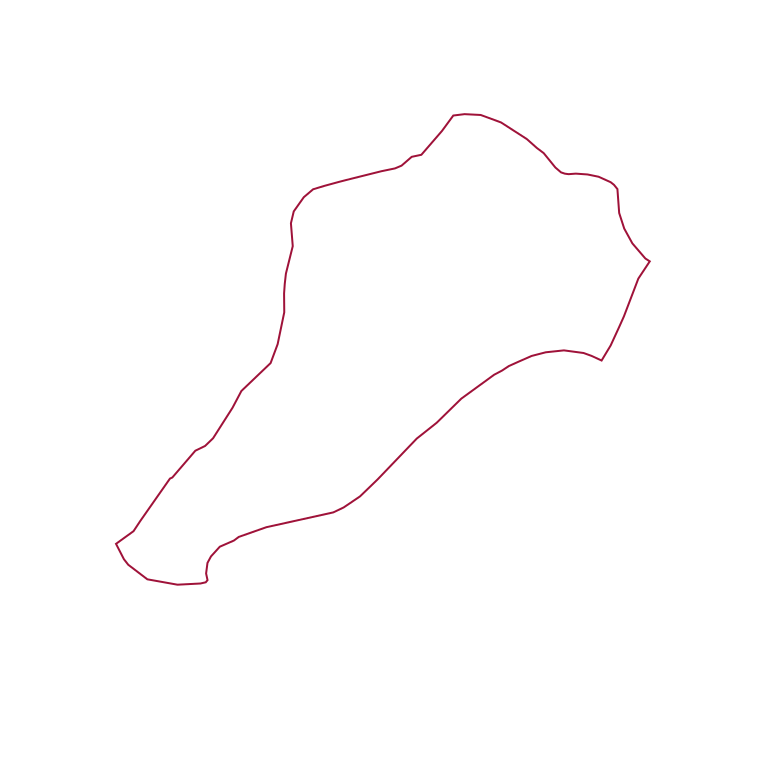 Santa Cruz del Quiché, Quiché, Guatemala, rotated 33°
{"feature_id": "79465075B15247969306160", "entity_name": "Santa Cruz del Quiché", "entity_type": "district", "adm_level": 2, "iso_a3": "GTM", "parent_name": "Guatemala", "parent_adm1": "Quiché", "projection": "orthographic", "projection_center": [-91.122, 15.026], "detail": "fine", "context": "isolated", "style": "outline", "palette": "rose", "viewbox_px": 768, "rotation_deg": 33, "n_neighbors": 0, "source": "geoboundaries", "source_scale": "gbopen_adm2", "svg_char_len": 1228}
<svg xmlns="http://www.w3.org/2000/svg" viewBox="0 0 768 768"><g transform="rotate(33 384 384)"><path d="M553.7,245.8L553.1,228.2L550.2,208.3L548.4,196.7L541.5,164.5L539.9,157.1L540.1,136.4L534.8,136.4L515.7,130.8L500.8,122.8L488.1,112.5L473.6,93.4L468.4,91.7L464.2,91.3L451.1,93.3L440.6,97.4L430.3,103.1L424.5,107.5L421.1,109.1L417.2,110.1L409.8,109.1L392.2,103.4L383.6,102.8L370.4,100.8L339.7,100.9L318.6,105.7L304.6,113.8L295.9,121.1L294.8,140.2L290.5,171.4L283.5,178.4L279.8,191.3L275.8,197.2L265.9,207.0L241.4,233.3L236.0,239.2L226.1,250.3L218.5,259.3L215.0,271.0L214.3,288.4L218.4,299.9L232.4,318.1L241.6,344.8L246.3,354.2L250.9,362.5L261.3,378.2L273.1,408.5L277.5,428.2L268.2,467.5L269.9,486.4L270.2,522.6L267.7,533.4L262.1,542.7L257.4,577.7L256.0,579.9L254.2,631.7L254.1,643.8L246.3,664.0L261.3,672.6L268.0,674.9L291.9,676.7L320.1,664.8L338.7,651.3L342.5,647.4L342.8,644.6L338.0,639.8L333.4,630.2L332.8,622.8L334.9,609.9L343.4,597.0L345.5,591.3L363.4,568.1L411.4,519.3L417.4,509.5L425.1,491.3L430.6,467.5L441.2,411.9L449.3,387.8L456.8,354.2L471.3,316.3L475.7,308.4L478.9,301.0L484.7,292.0L492.5,280.1L502.4,269.3L516.6,257.8L534.5,249.3L542.7,247.4L553.7,245.8Z" fill="none" stroke="#9f1239" stroke-width="2"/></g></svg>